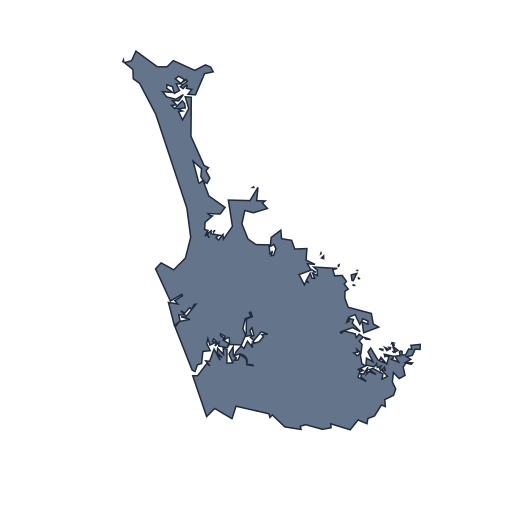 Far North District, Northland, New Zealand, rotated 17°
{"feature_id": "76426892B75799514296056", "entity_name": "Far North District", "entity_type": "district", "adm_level": 2, "iso_a3": "NZL", "parent_name": "New Zealand", "parent_adm1": "Northland", "projection": "orthographic", "projection_center": [173.629, -35.034], "detail": "fine", "context": "isolated", "style": "filled", "palette": "slate", "viewbox_px": 512, "rotation_deg": 17, "n_neighbors": 0, "source": "geoboundaries", "source_scale": "gbopen_adm2", "svg_char_len": 6103}
<svg xmlns="http://www.w3.org/2000/svg" viewBox="0 0 512 512"><g transform="rotate(17 256 256)"><path d="M433.4,326.6L429.2,319.2L430.6,314.5L436.1,314.2L436.9,312.5L430.2,314.0L434.2,309.6L429.4,308.3L434.6,305.3L435.4,298.5L440.2,297.4L438.9,292.5L430.2,296.2L432.5,299.7L429.2,300.3L427.9,306.9L424.5,307.9L423.7,304.6L422.1,304.5L421.1,305.5L422.9,309.2L418.0,311.2L423.5,315.8L415.5,315.2L417.1,313.4L416.5,311.8L407.4,312.4L408.7,314.6L409.6,313.4L410.7,313.8L412.1,313.3L412.4,313.4L412.6,313.6L412.6,321.2L405.1,316.3L404.7,318.7L406.3,317.6L408.8,319.7L409.0,320.0L409.1,320.4L409.2,320.5L403.0,319.8L392.6,310.5L391.1,315.0L398.8,322.9L391.5,321.4L393.0,328.1L401.7,327.4L402.8,323.7L404.6,327.2L407.8,324.7L407.1,327.5L408.7,329.2L411.4,324.8L412.9,327.5L409.6,328.5L416.9,332.7L412.6,336.9L411.8,331.7L400.8,329.3L397.5,331.5L405.6,334.2L397.9,333.4L396.0,336.8L395.6,329.8L393.3,337.6L389.8,337.7L391.5,339.1L391.8,341.2L397.5,343.3L397.5,343.7L389.1,342.2L389.0,336.2L392.1,334.2L389.3,333.2L388.4,335.1L386.9,334.6L393.0,329.1L388.7,328.0L384.0,318.7L382.0,321.9L377.8,320.1L381.3,318.3L379.7,315.8L384.8,318.4L383.3,309.6L379.5,307.1L382.2,302.4L377.5,300.6L375.8,304.8L373.7,301.4L362.0,302.0L360.4,304.8L359.4,304.9L358.9,304.0L369.3,296.3L377.8,297.8L367.8,292.2L367.8,288.2L363.4,288.6L364.0,291.1L362.1,293.0L362.6,287.5L367.9,283.1L375.3,291.1L376.5,284.8L382.0,285.4L383.0,288.5L376.7,287.9L381.4,298.0L394.1,288.1L388.0,286.7L383.1,277.2L359.2,278.1L353.3,270.4L351.4,263.7L353.9,260.7L348.6,257.0L349.9,253.9L344.1,249.4L336.9,251.9L333.5,246.5L337.4,244.1L314.4,249.7L318.6,251.6L320.4,256.8L315.1,255.8L318.7,260.2L316.1,260.9L312.9,256.7L311.3,264.5L314.5,266.3L311.3,265.4L310.7,269.4L302.6,261.2L312.8,253.4L307.3,248.4L314.9,246.8L305.1,245.3L302.5,234.0L291.0,238.0L285.5,230.6L275.4,232.0L272.2,224.0L265.1,233.8L266.8,242.6L269.7,239.8L272.9,243.1L272.6,250.2L270.4,251.3L270.4,246.6L268.7,249.7L265.1,241.6L252.5,245.1L243.4,242.1L233.1,229.4L232.0,215.7L240.8,215.5L253.0,207.2L246.6,203.5L248.6,200.7L240.4,202.9L237.8,189.8L234.0,204.8L213.2,210.6L224.8,234.6L219.9,249.5L218.1,245.1L215.5,251.7L212.4,250.3L214.5,246.9L206.5,247.8L205.7,245.0L202.8,249.1L206.0,252.4L202.4,249.2L202.6,250.2L201.4,251.9L202.6,245.6L199.1,245.7L197.5,238.5L202.6,230.5L200.2,230.8L197.7,229.5L209.5,226.3L212.2,218.6L193.4,212.4L184.0,200.2L182.6,200.0L180.8,202.8L179.9,202.8L168.1,183.7L178.4,188.4L180.1,196.3L185.1,200.4L187.9,201.0L189.1,195.0L183.2,189.2L184.8,185.5L179.8,184.6L158.8,160.5L147.7,123.1L141.7,124.4L148.6,134.7L146.0,147.4L139.7,140.5L143.3,138.8L138.2,138.0L145.1,135.1L143.1,131.0L140.1,129.1L135.2,138.8L131.1,136.7L135.7,134.8L130.7,131.8L136.8,130.2L139.3,122.9L133.6,129.5L124.1,130.0L118.6,126.2L128.3,124.0L121.5,121.6L120.7,118.3L126.5,118.5L130.4,124.4L134.5,120.1L129.4,114.7L134.4,113.2L127.1,110.2L129.3,106.7L136.0,108.2L134.1,112.4L137.8,107.7L139.2,109.1L134.1,116.3L137.3,117.3L139.6,112.8L140.4,112.8L140.5,116.1L145.9,115.4L143.7,121.2L151.0,119.6L153.5,96.6L161.2,92.4L157.4,88.6L151.8,88.0L143.1,96.4L119.8,93.3L115.6,101.1L106.4,103.9L81.3,95.2L79.9,105.7L73.6,109.5L83.8,113.7L86.8,122.4L94.2,124.9L118.6,149.6L175.9,230.4L188.1,257.3L189.1,278.6L181.4,293.3L167.3,290.3L163.7,297.6L187.3,324.1L196.2,314.4L197.3,315.5L191.4,322.4L195.3,324.8L185.8,326.0L198.3,346.4L202.3,340.3L199.4,334.9L205.5,333.2L200.1,330.3L204.5,331.5L207.8,324.8L209.9,326.1L211.2,320.3L212.6,319.7L206.6,334.8L202.0,336.1L211.4,335.8L201.8,341.1L199.4,347.5L228.3,383.8L231.5,384.3L231.7,377.3L235.4,374.7L233.1,362.8L239.9,359.9L234.5,354.2L234.2,349.2L238.0,354.7L242.6,350.4L239.3,350.3L239.7,347.6L243.5,349.5L243.1,354.0L245.9,349.3L246.6,353.0L255.5,352.0L255.4,347.6L249.1,346.0L249.5,343.7L245.3,342.6L245.0,340.9L249.5,341.7L250.7,345.0L253.1,342.0L254.4,342.2L256.6,348.3L268.1,345.3L269.2,334.8L264.7,329.3L264.0,319.1L268.8,315.5L268.4,314.1L267.0,313.5L266.3,312.3L266.2,311.9L266.3,311.7L267.2,311.6L267.1,310.8L270.2,315.1L265.2,319.0L270.1,335.7L275.0,333.1L271.9,329.1L273.2,325.8L277.1,332.5L274.5,335.4L278.6,337.6L283.2,326.9L290.1,327.3L284.6,329.5L286.7,331.0L283.9,337.2L277.7,341.5L279.6,344.6L272.8,340.0L271.5,348.0L268.1,346.3L264.9,353.4L264.6,357.4L269.6,354.2L274.4,354.9L277.7,357.6L279.2,362.6L281.8,361.6L284.8,361.2L285.2,361.7L279.2,362.7L276.8,357.3L269.8,354.7L269.3,360.6L265.8,362.1L267.1,359.1L263.4,357.9L260.7,349.7L258.8,357.6L265.0,365.0L259.5,367.0L255.6,353.9L251.6,353.8L253.7,359.6L246.3,355.5L247.2,360.1L253.2,363.0L248.5,361.9L252.1,366.2L243.1,357.2L242.5,370.2L238.6,371.0L244.2,374.6L240.5,372.9L235.2,387.5L230.5,389.0L255.7,424.0L261.1,413.9L280.6,418.6L280.8,405.5L314.5,403.1L316.5,406.3L318.1,403.2L333.5,411.0L349.8,408.7L348.2,405.8L352.8,402.8L370.2,402.3L378.0,398.3L376.6,394.6L396.9,394.7L401.5,383.0L411.2,383.9L410.5,378.7L416.1,374.3L419.5,361.8L423.7,362.2L421.1,355.7L428.3,348.9L428.5,342.3L423.2,336.6L421.5,327.3L428.8,331.4L433.4,326.6ZM357.5,243.2L352.6,246.2L354.8,251.2L356.2,251.2L357.5,243.2ZM419.4,304.7L413.6,302.5L413.6,303.1L417.0,307.1L419.4,304.7ZM410.4,306.4L406.0,305.8L408.9,308.2L410.4,306.4ZM390.0,302.4L382.9,302.1L385.3,303.3L390.0,302.4ZM320.6,236.1L319.2,238.7L321.5,238.8L320.6,236.1ZM404.6,308.1L400.8,308.8L404.9,309.2L404.6,308.1ZM413.4,300.6L412.3,301.6L414.9,300.8L413.4,300.6ZM357.8,255.1L356.7,255.6L359.7,255.3L357.8,255.1ZM338.1,242.4L338.0,240.1L337.3,240.8L338.1,242.4ZM317.9,254.0L314.7,253.1L315.9,254.3L317.9,254.0ZM411.5,304.2L409.9,304.5L411.5,305.4L411.5,304.2ZM278.2,338.9L277.0,339.7L278.6,339.0L278.2,338.9ZM72.8,109.2L72.0,107.3L71.8,109.1L72.8,109.2ZM209.3,243.3L208.1,245.2L208.5,245.6L209.3,243.3ZM215.2,246.9L216.7,246.4L215.1,246.8L215.2,246.9ZM413.1,299.0L411.4,299.0L411.3,300.2L413.1,299.0ZM361.4,247.3L359.7,246.7L361.1,247.8L361.4,247.3ZM357.4,240.1L356.1,240.3L358.1,240.2L357.4,240.1ZM233.4,190.6L232.8,191.4L233.8,191.1L233.4,190.6ZM317.3,234.1L317.3,234.9L317.6,234.5L317.3,234.1ZM416.1,307.7L414.3,306.9L415.6,307.8L416.1,307.7ZM256.2,348.7L256.0,350.5L256.2,348.7Z" fill="#64748b" stroke="#1e293b" stroke-width="1.5"/></g></svg>